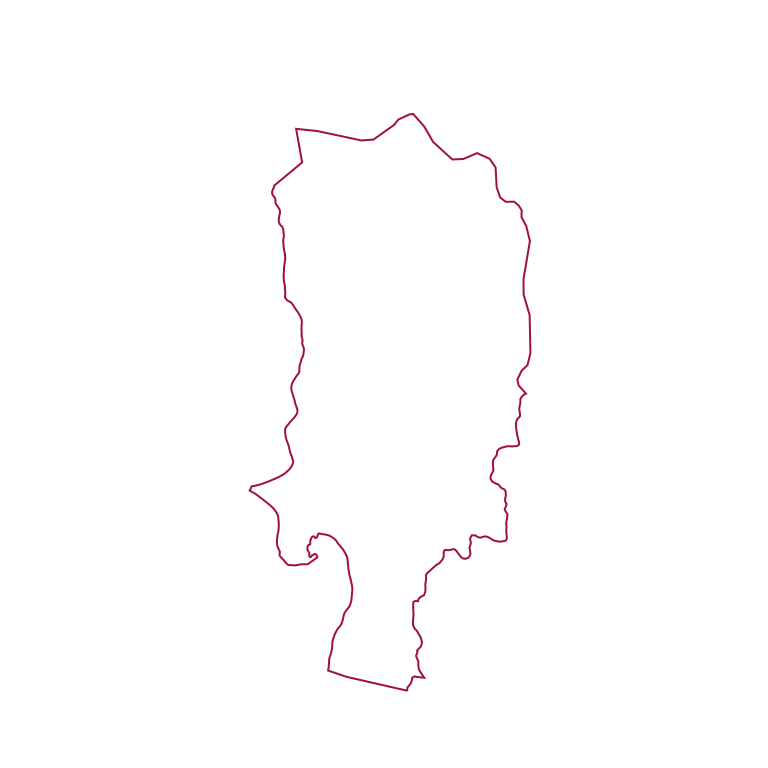 Karmir, Gegharkunik, Armenia, rotated 51°
{"feature_id": "60910142B90177126374214", "entity_name": "Karmir", "entity_type": "district", "adm_level": 2, "iso_a3": "ARM", "parent_name": "Armenia", "parent_adm1": "Gegharkunik", "projection": "albers", "projection_center": [45.299, 40.582], "detail": "fine", "context": "isolated", "style": "outline", "palette": "rose", "viewbox_px": 768, "rotation_deg": 51, "n_neighbors": 0, "source": "geoboundaries", "source_scale": "gbopen_adm2", "svg_char_len": 6165}
<svg xmlns="http://www.w3.org/2000/svg" viewBox="0 0 768 768"><g transform="rotate(51 384 384)"><path d="M160.7,344.4L161.2,344.8L161.9,346.0L162.7,347.6L163.3,348.7L164.0,349.7L165.3,350.9L166.6,351.5L168.2,351.6L169.8,351.5L170.7,351.6L172.2,352.3L173.0,352.8L174.5,354.1L175.1,354.4L176.8,354.8L178.0,354.9L180.3,355.0L182.8,355.4L183.9,355.9L185.3,356.9L186.1,357.8L188.2,360.5L189.0,361.3L190.3,362.6L192.1,363.9L193.8,364.3L196.0,364.5L197.6,364.1L198.7,364.3L199.8,364.7L202.5,366.3L203.6,367.1L205.1,368.0L206.4,369.1L207.8,370.8L209.2,372.1L213.2,375.0L218.1,378.0L219.7,378.6L221.9,380.1L223.0,380.7L224.2,381.9L224.9,382.3L226.5,384.1L227.7,385.3L228.3,386.1L229.5,387.2L230.7,388.5L233.3,390.7L234.4,391.8L236.9,394.0L239.0,395.6L240.7,396.9L242.4,397.7L243.3,398.2L244.3,398.7L245.5,399.4L248.2,401.5L249.8,402.4L253.0,405.1L254.1,406.2L254.8,406.6L257.0,406.6L258.2,406.6L259.4,406.1L260.3,405.6L261.1,405.2L262.8,404.9L266.7,405.1L271.6,405.7L273.7,405.7L276.1,406.1L277.5,406.2L278.5,406.4L280.5,407.0L281.6,407.3L283.8,408.6L284.8,409.3L285.6,410.2L288.5,412.8L290.6,414.5L292.8,416.0L295.0,418.0L296.5,418.7L298.1,419.4L298.8,419.8L300.8,421.9L301.4,422.2L302.2,422.6L305.6,423.7L306.4,424.2L307.8,425.4L310.8,428.6L311.5,429.7L312.0,430.9L312.1,431.6L312.6,432.3L313.5,433.4L315.7,436.7L316.7,438.1L318.8,440.1L320.1,441.2L320.9,441.9L321.5,442.8L322.0,443.7L322.3,444.4L322.5,446.3L323.0,447.8L324.1,450.8L324.5,452.3L325.3,454.2L325.9,455.4L326.6,456.3L327.9,457.8L328.7,458.5L330.5,459.7L332.2,460.5L340.7,463.9L343.2,465.2L348.9,467.2L349.8,467.7L351.3,469.0L351.7,469.5L352.4,470.7L353.4,474.0L354.1,478.6L354.4,480.8L355.1,483.3L355.4,485.4L355.8,487.1L356.1,487.9L356.5,488.5L356.8,489.1L357.5,489.8L358.4,490.6L360.2,491.9L362.3,493.1L365.1,494.6L367.3,495.4L369.7,496.1L372.6,497.2L376.0,499.0L378.7,500.1L380.1,500.7L382.8,501.4L383.5,501.7L384.4,502.3L386.3,502.8L388.4,504.8L388.8,505.4L389.5,506.9L390.2,508.9L390.5,509.9L390.7,510.9L390.9,513.1L391.0,515.2L391.1,517.8L391.0,519.1L390.1,524.2L388.8,529.1L387.0,535.3L386.3,537.1L385.7,539.2L384.7,542.1L383.0,545.8L381.7,548.9L381.0,549.8L380.5,550.7L380.4,551.5L380.5,552.0L380.8,552.6L381.7,553.7L381.9,554.3L382.0,555.3L382.3,555.5L383.2,555.3L384.1,554.8L388.3,553.1L389.4,552.8L393.6,551.8L397.4,550.8L403.6,549.4L408.2,548.6L410.6,548.3L413.6,548.2L414.9,548.3L417.6,548.8L419.7,549.3L420.7,549.9L425.7,553.2L427.9,555.0L429.4,556.2L430.8,557.6L432.7,559.6L434.2,561.6L437.5,565.0L440.0,567.1L442.1,568.5L443.9,569.2L448.6,570.4L449.8,571.3L450.4,572.1L451.1,572.7L451.6,573.0L453.2,573.2L456.8,572.9L462.1,572.7L463.2,572.6L464.6,572.1L465.2,571.6L467.3,569.0L468.3,568.0L469.2,566.9L470.1,565.4L471.5,562.7L472.5,561.2L474.2,559.0L475.0,558.2L475.8,557.1L476.1,555.9L476.3,554.6L476.2,553.2L476.5,550.5L476.6,546.8L476.8,545.9L476.7,545.1L476.5,544.7L476.0,544.3L475.2,544.1L474.4,544.1L473.2,544.2L472.7,544.6L472.4,545.3L472.2,546.0L472.2,546.7L471.9,547.9L472.2,549.0L472.4,549.8L472.2,550.2L471.9,550.4L470.9,550.3L470.4,550.2L470.0,549.9L468.9,548.8L468.5,548.4L467.8,548.3L465.4,548.0L464.7,547.8L464.1,547.5L462.4,545.8L462.1,545.4L461.6,544.6L461.6,544.1L462.0,543.1L462.1,542.5L461.9,541.9L461.6,541.6L461.1,541.4L460.2,540.7L459.7,540.1L458.2,538.0L457.7,536.6L457.6,536.0L457.6,535.5L457.8,535.0L458.0,534.7L458.3,534.5L459.0,534.3L460.6,534.3L460.8,534.2L460.9,533.6L460.7,532.1L459.1,529.5L459.0,529.1L459.1,528.8L459.4,528.4L459.9,528.0L461.9,526.4L464.1,524.3L466.8,522.3L468.1,521.6L469.7,521.0L473.2,520.0L475.6,519.7L477.8,520.0L478.8,520.1L487.2,520.0L491.7,520.7L494.1,521.2L495.5,521.7L496.6,522.3L501.6,525.5L504.5,527.5L510.2,530.8L515.4,533.1L521.6,536.3L524.2,538.3L527.1,541.1L531.8,545.7L534.2,549.2L535.1,551.1L535.6,552.8L536.3,556.2L536.9,558.2L537.2,559.0L538.2,560.5L539.9,562.7L540.6,563.5L542.0,565.3L543.5,567.9L543.9,568.7L544.5,570.7L544.7,571.7L544.9,573.0L545.4,575.0L546.3,577.1L547.4,579.5L548.8,581.8L551.3,585.6L552.2,586.7L553.0,587.4L555.1,589.1L556.9,590.9L558.9,593.3L560.1,594.9L562.1,598.2L563.5,599.8L565.9,602.1L568.5,604.4L571.5,607.8L588.0,597.4L636.3,559.5L636.6,558.8L634.6,556.8L634.0,553.8L633.5,551.6L632.3,549.7L631.4,548.2L630.1,547.1L630.3,544.5L633.0,542.2L635.3,539.8L637.6,537.6L630.1,536.9L627.6,536.4L625.6,535.2L624.2,534.3L620.9,531.7L617.6,531.0L615.3,530.0L614.5,528.6L613.5,526.7L612.0,526.2L611.3,521.0L610.3,518.9L608.3,516.8L604.2,515.0L596.4,513.8L593.3,514.1L589.7,513.2L587.1,511.2L581.2,505.7L577.6,503.1L574.2,500.5L571.8,498.2L572.4,496.2L574.2,494.3L573.4,493.3L572.6,491.8L572.6,488.9L573.3,485.8L571.4,482.6L569.4,480.8L565.6,477.9L562.1,474.0L558.9,471.7L558.2,469.5L557.8,463.4L557.6,457.2L558.1,453.4L557.2,449.1L555.8,446.3L552.2,443.4L551.2,441.2L554.1,438.0L555.5,435.0L556.8,433.2L559.4,432.7L562.3,433.0L566.7,433.1L569.0,432.6L571.1,430.8L572.1,427.7L571.2,424.8L570.0,423.4L564.8,420.4L563.7,418.5L562.4,416.7L558.2,414.3L556.8,411.0L559.1,408.3L562.3,407.3L564.1,405.8L565.4,402.4L566.8,400.5L569.0,399.2L571.9,398.1L574.0,397.6L576.2,396.0L579.0,393.8L581.1,390.6L582.3,388.2L581.6,385.9L579.9,384.7L574.9,381.3L572.1,378.7L568.7,376.3L565.6,372.6L563.0,370.1L559.5,369.6L557.4,369.2L555.9,366.4L554.4,364.2L551.8,363.9L549.4,362.1L547.3,359.4L544.0,357.1L542.8,356.8L540.7,357.1L539.6,358.0L537.5,358.3L535.4,358.3L533.5,358.6L531.7,359.8L527.9,361.3L524.6,360.8L522.5,358.8L521.1,355.6L519.8,353.2L514.1,349.3L511.7,346.9L510.9,343.5L510.2,341.1L507.5,338.5L506.9,335.2L507.8,332.1L510.1,327.1L512.8,324.1L514.7,321.5L515.9,319.7L516.1,317.1L514.4,315.8L507.8,312.8L502.4,309.7L497.7,306.4L495.3,303.1L494.7,298.8L493.0,297.2L490.8,296.0L488.0,294.2L484.3,289.7L481.8,287.8L480.7,285.6L480.3,282.1L480.9,279.7L469.9,280.3L464.5,277.6L460.3,268.7L459.6,260.6L452.3,250.9L422.2,227.5L402.5,219.3L390.2,209.5L364.8,180.7L350.9,174.1L340.8,172.1L335.8,167.8L330.4,167.0L324.2,168.1L319.1,174.7L312.2,176.3L302.1,172.7L285.9,161.0L275.4,160.2L263.1,166.4L259.1,180.7L252.5,189.6L227.0,193.5L209.2,190.7L192.5,191.4L190.4,194.8L187.5,206.5L189.0,213.1L187.4,238.4L180.4,248.4L145.4,276.7L130.4,291.7L160.3,308.2L160.7,344.4Z" fill="none" stroke="#9f1239" stroke-width="2"/></g></svg>